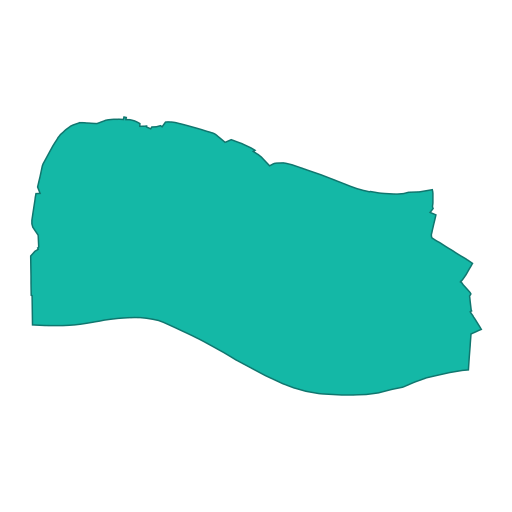 outline of Albrandswaard, Zuid-Holland, Netherlands
{"feature_id": "6326949B38585086995539", "entity_name": "Albrandswaard", "entity_type": "district", "adm_level": 2, "iso_a3": "NLD", "parent_name": "Netherlands", "parent_adm1": "Zuid-Holland", "projection": "orthographic", "projection_center": [4.441, 51.852], "detail": "fine", "context": "isolated", "style": "filled", "palette": "teal", "viewbox_px": 512, "rotation_deg": 0, "n_neighbors": 0, "source": "geoboundaries", "source_scale": "gbopen_adm2", "svg_char_len": 4916}
<svg xmlns="http://www.w3.org/2000/svg" viewBox="0 0 512 512"><path d="M432.3,189.7L430.6,190.0L419.4,191.9L408.6,192.3L407.3,192.6L405.5,193.1L403.5,193.6L397.0,194.1L393.5,194.0L384.7,193.5L382.0,193.3L380.8,193.2L378.4,192.9L375.1,192.3L370.3,191.5L370.1,191.6L369.6,191.8L368.5,191.6L366.0,191.0L363.2,190.4L360.8,189.7L357.1,188.7L350.4,186.3L340.0,182.2L321.3,174.9L315.5,172.9L308.2,170.4L292.1,164.8L285.9,163.3L283.3,162.9L276.8,163.1L274.5,163.4L273.5,163.8L272.6,164.2L272.5,164.3L269.6,165.8L267.8,163.9L265.7,161.7L261.4,157.1L258.0,154.4L257.7,154.3L253.2,151.4L255.0,150.3L251.0,147.9L243.5,144.4L241.9,143.6L236.9,141.8L233.5,140.5L231.2,139.7L226.2,141.9L225.0,142.3L220.4,138.4L217.9,136.4L216.7,135.3L215.5,134.4L214.3,133.7L212.7,133.0L211.5,132.7L209.7,132.1L207.1,131.4L204.9,130.7L201.5,129.6L196.7,128.2L192.0,126.9L187.7,125.7L184.0,124.7L180.9,123.9L179.1,123.5L176.8,122.9L175.1,122.5L172.9,122.2L171.1,122.0L170.1,122.0L168.1,121.9L166.7,122.0L165.5,122.1L165.0,122.8L162.1,126.8L160.6,125.7L159.3,126.0L156.7,126.7L156.0,126.8L154.1,126.9L151.8,127.0L151.0,128.4L150.7,128.8L148.8,128.0L146.6,127.0L146.6,126.0L144.9,126.2L139.8,126.3L139.8,125.1L139.9,123.6L137.4,122.2L134.6,120.9L132.0,120.2L129.8,119.7L125.8,119.6L126.3,117.5L124.0,117.0L123.4,119.4L123.4,119.5L118.6,119.2L117.8,119.3L113.8,119.3L113.5,119.3L111.2,119.5L108.2,119.8L105.6,120.3L104.2,120.9L102.0,121.7L100.3,122.3L100.0,122.5L99.4,122.7L96.9,123.6L91.5,123.3L89.1,123.1L86.5,123.0L84.9,122.8L83.0,122.7L78.8,122.7L79.3,122.9L78.0,123.3L75.6,124.1L74.2,124.6L72.8,125.1L71.6,125.7L70.5,126.2L69.8,126.8L67.3,128.6L66.2,129.4L65.0,130.4L63.3,132.1L60.6,134.4L60.4,134.6L59.3,136.1L58.2,137.4L57.7,138.2L57.6,138.5L56.8,139.8L55.0,142.5L52.7,146.2L51.8,147.9L50.7,149.9L50.2,150.8L45.7,159.1L43.9,162.4L43.2,163.6L42.3,166.0L40.0,176.9L39.1,180.6L39.0,181.0L37.7,186.6L37.6,187.0L40.1,193.4L36.4,193.6L36.0,193.6L35.8,194.4L35.8,194.8L35.7,195.2L35.3,197.2L35.0,199.8L32.9,213.4L31.9,220.2L31.9,220.4L31.9,222.8L31.9,223.9L32.8,227.2L34.4,229.6L36.5,232.7L38.1,235.1L38.2,235.7L38.7,247.0L37.9,247.9L37.7,248.0L38.3,249.2L38.0,249.4L36.3,250.5L35.9,250.7L34.9,251.3L32.7,253.8L30.7,256.0L30.7,256.5L30.7,257.0L31.0,276.5L31.0,283.1L31.2,295.3L32.1,295.7L32.5,324.9L38.6,325.2L44.6,325.5L50.6,325.6L56.6,325.6L62.6,325.6L68.5,325.3L74.5,324.9L80.5,324.2L86.4,323.3L92.4,322.3L95.1,321.8L99.5,321.1L104.3,320.1L110.2,319.3L116.2,318.6L117.9,318.4L121.9,318.1L128.3,317.7L132.5,317.6L134.2,317.5L140.3,317.6L146.2,318.2L153.0,319.3L158.6,320.5L163.1,322.2L163.4,322.3L168.7,324.7L169.8,325.2L175.7,327.9L181.2,330.5L186.6,333.0L192.1,335.6L197.5,338.3L198.2,338.6L202.8,341.0L208.1,343.9L213.4,346.8L218.6,349.7L223.7,352.5L228.9,355.6L234.3,358.9L235.9,359.9L265.4,375.6L279.4,382.1L281.5,383.1L282.8,383.7L284.4,384.3L294.2,388.0L294.7,388.1L295.1,388.2L305.6,391.2L307.1,391.5L310.5,392.1L319.0,393.6L322.3,393.9L342.1,395.0L352.9,395.0L356.9,394.8L366.1,394.5L374.6,393.4L377.5,393.0L378.8,392.8L379.4,392.6L390.6,389.7L392.7,389.2L402.6,387.2L403.9,386.7L413.4,382.6L415.7,381.7L426.5,377.8L437.8,375.2L449.4,372.6L450.5,372.4L461.8,370.5L462.5,370.4L468.4,369.9L469.3,356.5L469.4,355.3L470.2,345.1L470.2,344.6L471.0,334.0L472.7,333.2L476.3,331.6L478.8,330.4L481.3,329.4L479.9,327.0L475.3,319.6L474.9,319.0L474.3,318.0L473.9,317.7L473.1,316.2L473.0,315.9L472.3,314.9L472.0,314.5L471.5,313.8L471.1,313.3L471.1,313.2L470.9,313.1L470.5,312.3L470.3,312.0L470.4,311.9L470.3,311.7L471.4,311.0L471.6,310.9L471.2,310.2L470.1,300.9L469.9,298.8L469.6,296.2L469.6,295.9L469.7,295.7L469.9,295.5L470.5,294.7L470.7,294.3L470.8,294.1L470.8,293.9L470.8,293.7L470.7,293.6L470.4,293.1L470.1,292.6L469.7,292.1L469.2,291.5L466.9,288.9L463.0,284.6L462.0,283.0L461.3,282.5L460.4,281.9L461.1,281.0L461.3,281.2L462.8,279.3L462.9,279.2L463.4,278.4L464.1,277.5L464.9,276.3L465.7,275.2L466.3,274.2L467.0,273.0L467.9,271.4L469.3,268.9L470.6,266.8L471.8,264.6L472.5,263.4L469.5,261.3L467.9,260.2L467.4,260.0L466.5,259.3L466.1,259.0L464.6,258.1L462.9,257.1L460.6,255.8L460.0,255.4L459.6,255.2L458.5,254.5L456.4,253.2L454.4,251.9L453.6,251.3L453.5,251.2L452.6,250.7L451.2,249.8L450.7,249.5L449.6,248.9L447.0,247.3L445.7,246.5L444.5,245.7L442.8,244.6L441.3,243.6L439.4,242.4L437.8,241.6L435.9,240.5L432.1,238.0L431.9,237.7L431.5,236.6L431.4,235.8L431.4,235.5L431.4,234.7L431.4,234.1L431.5,233.9L431.9,232.4L432.2,230.9L432.4,229.9L433.0,227.4L433.3,226.0L433.4,225.6L433.7,224.3L434.8,219.8L435.6,216.3L435.9,214.9L434.2,214.2L433.9,214.0L430.9,212.8L430.7,212.7L430.1,212.4L431.0,211.3L431.8,210.2L432.6,209.2L433.1,208.5L432.9,208.2L432.8,207.9L432.7,207.4L432.6,207.1L432.5,206.7L432.5,206.4L432.6,205.3L432.8,204.1L432.8,203.6L432.9,203.2L432.9,202.5L432.9,201.5L432.9,200.5L432.9,199.1L432.9,197.6L432.9,196.1L432.9,194.8L432.9,194.1L432.9,193.9L432.9,193.4L432.7,191.6L432.3,189.7Z" fill="#14b8a6" stroke="#0f766e" stroke-width="1.5"/></svg>